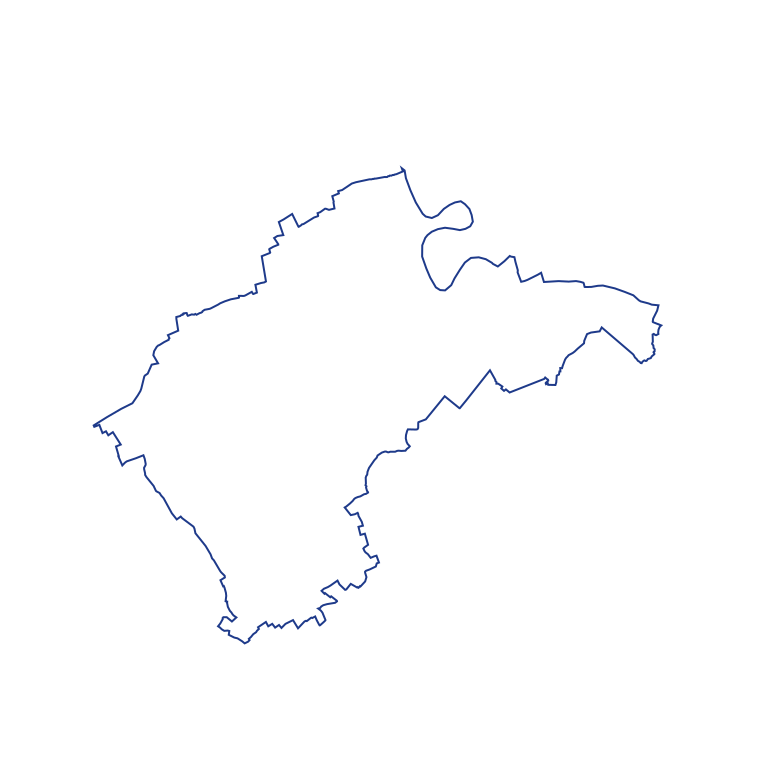 Krathum Baen, Nakhon Pathom, Thailand (Albers equal-area conic projection), rotated 157°
{"feature_id": "78962969B60884985036965", "entity_name": "Krathum Baen", "entity_type": "district", "adm_level": 2, "iso_a3": "THA", "parent_name": "Thailand", "parent_adm1": "Nakhon Pathom", "projection": "albers", "projection_center": [100.27, 13.664], "detail": "fine", "context": "isolated", "style": "outline", "palette": "blue", "viewbox_px": 768, "rotation_deg": 157, "n_neighbors": 0, "source": "geoboundaries", "source_scale": "gbopen_adm2", "svg_char_len": 6166}
<svg xmlns="http://www.w3.org/2000/svg" viewBox="0 0 768 768"><g transform="rotate(157 384 384)"><path d="M283.3,575.6L283.5,572.3L290.6,572.3L292.7,572.7L293.3,572.5L294.3,573.0L295.8,572.9L297.2,573.6L298.0,573.3L298.9,573.7L300.0,573.3L301.4,573.7L302.1,574.2L311.4,576.3L312.6,576.8L313.3,576.7L313.9,577.1L315.6,577.3L317.5,578.1L331.0,580.7L335.3,581.1L346.8,578.9L350.8,579.5L351.1,577.1L358.2,577.1L359.0,571.5L359.6,570.8L361.0,564.9L366.6,565.8L369.1,568.1L369.8,568.4L375.6,567.1L378.4,567.2L378.8,564.7L379.2,564.3L383.3,564.6L395.6,562.7L397.2,563.0L398.3,562.5L401.1,562.0L401.3,562.3L402.1,576.4L412.2,574.7L417.5,574.2L418.5,560.4L424.3,561.9L428.1,561.3L426.7,554.0L426.9,553.5L432.2,553.6L436.7,553.1L437.0,552.9L437.4,549.5L437.9,549.2L446.6,549.4L452.6,524.5L454.5,524.3L457.7,525.0L463.6,525.6L465.3,517.8L469.1,517.9L469.4,518.2L469.7,520.5L477.0,519.7L478.5,519.8L483.1,521.8L483.7,520.2L484.0,520.1L491.9,521.8L498.2,522.3L503.3,522.3L505.6,521.9L513.8,521.3L515.1,521.3L520.1,522.4L522.6,521.9L523.2,521.3L524.2,521.1L526.1,521.3L529.5,521.0L530.3,522.2L531.6,522.0L533.8,523.2L537.9,523.4L538.1,524.1L537.9,526.4L538.3,526.6L540.8,527.3L541.0,526.8L542.0,527.0L542.2,526.4L544.3,526.6L544.9,526.2L549.0,526.8L549.7,525.0L552.6,513.5L563.8,513.4L563.6,510.0L564.8,509.3L565.0,508.8L569.8,508.5L575.6,507.6L576.7,507.7L578.7,507.0L582.8,504.0L585.1,500.6L583.9,491.3L590.3,492.6L597.4,485.9L600.8,485.2L601.7,484.6L609.2,474.6L611.0,472.7L615.1,469.7L623.1,464.6L635.7,463.8L651.5,461.8L667.4,459.3L667.4,457.8L662.0,457.6L662.3,448.8L658.4,449.1L657.8,444.5L652.4,445.6L650.0,431.1L655.1,431.2L656.3,421.3L656.8,421.3L656.7,411.3L653.2,412.8L651.1,413.3L641.4,412.6L633.3,412.4L633.5,408.6L634.6,403.5L635.2,402.5L637.6,400.6L638.1,399.2L638.8,395.2L639.4,393.6L639.0,391.0L635.9,380.2L635.7,374.8L635.4,374.1L633.2,371.4L632.7,368.4L631.5,365.0L629.8,347.9L627.7,340.3L622.9,341.4L622.2,339.3L615.1,327.1L615.0,324.9L615.9,320.3L611.5,304.6L610.2,295.0L610.4,290.6L609.5,288.2L607.9,276.0L607.5,274.3L605.6,269.7L606.1,268.1L611.2,267.3L611.1,260.6L610.4,260.6L610.4,258.8L611.1,253.6L612.0,250.6L614.6,246.1L614.0,245.8L614.1,244.8L613.5,244.7L614.0,243.7L614.8,239.9L614.5,235.5L613.7,233.2L613.5,231.6L612.9,229.7L611.1,226.8L616.8,224.8L619.9,230.8L623.0,232.1L624.0,231.6L624.3,230.6L628.3,227.5L631.4,225.8L630.2,224.0L629.2,221.6L627.5,219.2L624.2,218.1L622.9,217.1L624.9,213.8L620.9,209.1L618.2,207.1L615.1,202.6L613.6,199.7L609.8,199.9L607.8,200.8L608.0,202.2L605.3,203.1L602.1,204.8L598.7,205.5L597.3,206.5L594.9,207.4L595.0,209.3L585.7,211.1L585.2,206.2L580.6,206.9L579.4,202.3L574.8,203.2L573.7,199.5L568.4,201.7L560.0,202.2L558.6,192.7L549.9,196.5L548.4,196.5L547.7,195.9L542.6,197.3L541.9,197.2L541.4,196.6L538.2,196.9L538.2,192.9L537.8,188.2L537.6,187.0L537.1,186.9L532.9,188.3L530.3,189.3L530.1,189.7L530.0,197.6L530.7,200.2L532.3,203.0L530.2,202.8L528.8,203.7L526.3,204.1L522.4,203.6L514.5,201.7L512.2,202.3L512.1,202.9L515.6,209.2L516.8,208.7L520.0,214.6L520.8,214.2L522.3,218.0L519.3,219.0L515.0,219.0L512.0,219.4L503.6,221.2L503.3,216.9L500.2,209.7L499.0,209.6L492.7,213.0L488.2,207.1L487.5,207.3L487.0,206.4L485.1,207.3L484.8,206.8L478.5,209.6L475.6,213.1L475.1,217.8L474.7,218.7L473.5,219.1L469.7,218.9L462.8,219.2L460.8,221.7L458.4,221.6L458.0,228.9L460.4,229.2L464.2,229.2L465.3,233.6L466.8,236.2L467.2,237.7L467.3,240.6L466.0,241.2L461.5,242.2L460.1,253.7L464.6,254.3L463.3,262.5L458.8,261.8L458.3,265.8L459.0,272.5L458.5,274.8L458.6,275.7L461.7,275.5L465.8,276.3L468.4,285.7L466.8,285.9L462.0,287.3L458.5,288.6L456.4,289.8L454.9,290.2L452.3,290.2L449.7,289.8L445.4,290.3L443.5,289.9L441.1,290.3L441.0,291.0L441.4,292.2L441.0,295.7L440.1,296.7L440.6,298.0L439.6,299.3L437.4,305.0L436.1,306.4L434.9,307.1L433.5,309.6L430.6,312.6L422.7,317.6L419.4,319.1L417.9,320.7L412.7,321.7L409.8,321.5L408.6,321.1L407.2,319.7L406.4,319.3L404.6,319.2L400.2,317.3L398.0,317.3L396.6,316.9L394.2,315.6L390.3,314.2L388.3,315.3L385.9,315.9L384.6,316.6L385.7,319.7L385.8,322.0L385.2,325.4L383.7,328.4L381.1,331.7L379.7,332.9L372.2,329.5L370.8,329.3L369.7,330.2L367.7,334.8L367.2,335.4L359.3,335.1L332.9,349.0L324.0,332.2L323.7,332.1L314.7,336.8L281.1,355.2L279.9,344.3L280.3,343.4L279.7,341.7L280.4,340.4L278.7,339.6L276.0,335.4L277.8,334.1L276.2,330.8L273.9,331.4L271.7,327.1L234.6,326.1L233.1,327.0L231.6,324.0L231.4,323.9L231.5,322.9L234.6,321.9L234.9,321.4L234.9,320.5L233.0,320.7L233.2,319.1L226.6,316.1L224.8,318.2L221.7,324.2L219.2,324.4L217.6,327.0L216.7,326.7L215.5,329.8L213.9,329.0L212.4,330.9L207.7,335.8L205.9,337.0L204.5,337.5L202.8,338.4L198.2,338.8L195.8,339.4L191.8,340.9L184.0,343.3L182.8,345.5L177.6,350.6L173.4,350.5L164.9,348.2L161.5,351.0L143.3,314.4L142.9,313.3L142.6,310.3L141.8,308.6L141.2,306.1L140.0,304.5L139.5,303.0L138.7,302.5L137.4,303.5L135.4,304.0L134.9,303.9L134.2,303.0L133.6,302.8L133.1,302.8L131.4,303.9L128.3,303.6L126.8,304.8L123.5,305.8L123.3,306.2L123.5,307.9L123.2,308.2L122.2,308.3L121.3,310.1L121.4,310.9L121.8,311.7L121.0,314.3L121.5,315.8L121.4,316.4L120.0,317.9L117.4,324.6L116.1,324.7L115.1,323.1L114.4,322.6L111.9,322.8L111.4,324.5L110.1,326.7L108.4,328.4L107.4,329.1L105.9,329.6L112.2,335.8L112.3,336.3L110.7,339.0L103.9,344.8L100.6,349.2L106.5,352.4L109.0,354.8L115.5,359.8L116.7,361.5L119.8,368.2L126.5,374.8L134.1,381.8L144.0,389.1L148.7,390.8L155.4,392.4L161.2,394.8L161.4,395.0L160.8,398.6L160.9,399.3L163.3,401.3L167.0,403.7L174.0,406.1L183.1,410.5L196.9,415.4L195.9,425.0L199.7,424.5L211.2,423.8L214.4,423.9L217.8,424.5L217.4,434.5L216.4,436.4L215.3,445.0L214.4,449.8L217.4,451.7L218.2,452.7L225.2,450.0L233.3,447.7L236.8,452.0L237.3,453.4L241.5,459.1L247.3,463.6L254.7,466.1L262.1,464.2L269.5,459.5L277.9,453.6L283.5,448.7L291.2,446.3L295.6,448.5L298.5,452.7L299.9,463.9L299.9,473.8L299.1,486.4L294.6,496.7L288.9,502.4L285.7,504.1L280.5,505.5L273.9,505.5L266.8,504.0L259.7,499.8L254.0,496.0L248.4,495.0L243.0,495.5L238.8,498.7L237.3,505.3L237.0,511.7L239.2,517.9L241.9,522.2L247.8,523.4L253.7,523.2L260.5,521.8L268.4,518.3L275.1,518.1L280.2,521.9L281.9,525.6L283.8,538.7L284.0,552.0L283.4,564.9L281.6,572.5L283.3,575.6Z" fill="none" stroke="#1e3a8a" stroke-width="2"/></g></svg>